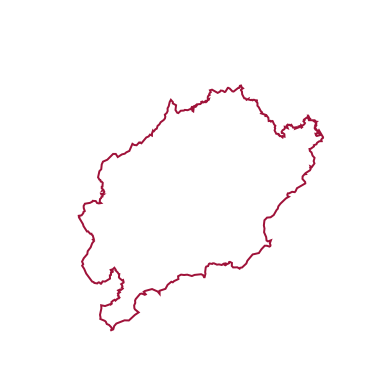 the district of Nilphamari, Rangpur, Bangladesh, rotated 240°
{"feature_id": "16705992B74406959438199", "entity_name": "Nilphamari", "entity_type": "district", "adm_level": 2, "iso_a3": "BGD", "parent_name": "Bangladesh", "parent_adm1": "Rangpur", "projection": "orthographic", "projection_center": [88.949, 26.021], "detail": "fine", "context": "isolated", "style": "outline", "palette": "rose", "viewbox_px": 384, "rotation_deg": 240, "n_neighbors": 0, "source": "geoboundaries", "source_scale": "gbopen_adm2", "svg_char_len": 6036}
<svg xmlns="http://www.w3.org/2000/svg" viewBox="0 0 384 384"><g transform="rotate(240 192 192)"><path d="M193.2,333.4L195.7,329.2L196.9,329.4L196.1,330.0L196.5,330.8L197.4,330.0L197.5,330.7L199.2,330.8L198.8,330.2L199.3,330.1L198.0,329.4L199.1,329.2L198.7,325.3L198.0,325.4L197.6,323.9L195.2,324.3L194.5,323.1L194.3,321.4L194.5,320.4L195.3,320.0L194.1,319.4L193.1,319.7L193.0,318.9L195.2,318.6L195.5,317.0L194.6,316.8L195.2,313.2L196.1,314.3L197.1,311.8L200.4,311.6L200.2,310.7L201.3,310.3L201.4,309.3L202.5,308.7L202.2,307.2L199.5,306.8L202.0,304.9L200.9,304.4L200.2,303.3L200.2,301.3L199.3,299.7L198.2,299.3L197.3,300.4L195.9,300.9L193.7,299.8L195.0,298.5L194.1,297.7L196.3,296.8L196.5,296.0L198.1,295.6L198.4,296.1L199.1,295.9L200.3,294.1L204.0,294.3L205.6,295.9L206.7,296.0L207.6,297.3L209.4,296.9L213.1,297.3L213.5,296.9L213.5,295.6L214.4,295.5L215.1,293.9L218.1,295.2L221.5,294.8L221.7,294.3L220.3,293.2L222.4,294.0L225.5,291.2L226.0,292.5L227.7,292.0L232.0,292.2L234.0,291.8L236.3,293.2L238.7,292.8L238.5,294.7L239.6,292.9L241.0,291.7L241.1,290.3L241.9,290.0L242.1,289.0L244.2,286.8L244.5,287.2L244.6,285.3L246.2,285.2L247.0,284.1L251.5,284.3L254.1,285.5L255.7,285.3L256.2,285.8L256.3,288.0L258.9,286.9L259.0,287.6L259.7,287.7L260.0,286.6L258.6,284.7L259.0,283.8L258.2,278.3L259.0,277.3L262.7,276.4L264.1,275.5L264.3,275.1L262.1,271.0L262.3,270.2L264.3,269.2L265.5,267.6L264.9,266.3L265.0,263.8L270.6,260.5L271.1,258.4L269.1,258.2L268.7,256.5L267.8,255.5L267.2,255.7L267.1,254.2L266.3,253.1L264.7,252.2L263.9,252.5L263.9,253.1L263.5,252.7L263.6,250.5L263.0,250.3L262.8,248.9L263.5,248.0L263.9,248.3L263.8,246.8L264.2,246.2L265.1,246.2L265.4,245.1L264.3,244.5L264.0,243.2L265.5,240.0L265.1,238.2L264.6,237.9L264.2,238.5L263.9,237.7L264.7,236.3L265.3,236.4L265.2,235.0L265.7,234.4L265.4,233.9L264.7,234.1L264.7,234.9L264.0,235.5L261.2,233.4L262.0,233.0L263.2,233.4L264.7,232.0L265.0,229.2L266.7,226.8L266.6,225.7L268.0,222.9L267.2,219.6L268.1,218.8L271.3,218.7L275.1,221.6L278.3,219.7L279.4,220.4L282.4,219.8L281.1,217.7L277.9,214.7L276.7,212.7L274.3,211.4L273.1,209.7L272.5,207.1L270.6,206.6L269.2,205.3L268.5,203.4L268.1,199.8L266.8,197.4L266.5,195.3L264.5,193.2L264.6,191.7L263.6,189.2L263.7,188.7L264.5,188.7L262.7,186.6L260.9,185.5L262.7,184.3L261.8,182.2L262.1,179.7L259.5,172.6L260.8,171.9L260.6,171.4L261.3,170.9L260.2,167.4L261.6,165.5L263.5,164.5L258.9,158.3L259.2,155.0L258.8,152.9L259.6,150.2L259.4,145.2L263.1,145.0L264.4,142.7L262.3,134.8L262.8,130.1L261.0,127.6L257.1,124.8L256.3,122.2L251.7,118.0L248.9,118.0L248.3,118.6L246.7,118.2L246.2,118.9L244.6,119.3L241.5,117.2L241.7,116.5L240.4,115.7L238.7,116.2L238.0,114.9L237.7,116.3L235.9,116.1L234.8,114.0L235.9,112.4L235.1,112.3L234.1,114.0L234.0,112.9L232.8,112.2L232.9,110.9L232.1,110.1L231.9,108.8L229.5,107.1L227.9,107.7L228.7,105.6L229.9,104.3L232.3,104.1L234.0,101.6L233.5,101.0L233.6,98.2L235.4,93.4L234.1,91.2L232.2,90.2L229.1,89.6L228.9,87.9L228.0,87.2L227.0,84.7L227.8,82.6L227.4,82.7L227.4,81.9L226.6,81.9L226.4,81.4L218.8,81.5L216.6,81.0L210.3,81.3L209.9,82.3L206.9,82.9L206.2,83.9L205.9,83.6L204.0,84.3L200.2,83.4L200.3,82.4L198.6,82.7L197.5,79.9L194.7,76.5L192.9,72.1L190.6,70.3L188.8,65.2L186.7,62.0L183.9,61.7L183.1,60.0L179.4,60.2L174.3,59.6L164.4,60.7L163.1,61.8L162.1,61.9L160.2,64.2L160.5,65.8L159.8,66.7L158.3,67.0L158.0,67.5L159.3,69.9L157.9,72.0L158.0,77.7L160.9,79.2L160.7,80.4L162.6,81.4L162.5,83.5L163.2,83.8L164.3,82.5L165.2,82.6L164.7,84.7L165.2,86.9L162.9,87.1L162.5,86.6L159.6,87.4L157.4,87.5L157.2,87.9L154.8,86.1L153.7,86.1L150.2,87.4L150.2,88.3L148.6,87.9L147.8,87.5L147.6,84.6L146.0,84.8L144.9,84.5L144.5,83.6L143.0,83.8L142.7,81.3L143.5,81.1L143.7,78.8L141.2,79.4L141.1,78.3L141.5,78.2L141.1,77.0L139.4,76.8L139.2,76.1L136.8,76.4L136.5,75.3L136.9,74.4L136.2,71.4L137.3,71.2L137.4,69.3L136.9,67.1L135.4,66.7L135.2,65.4L135.7,65.4L136.7,59.7L139.3,56.7L136.6,55.4L131.6,50.9L129.0,50.0L127.9,49.1L124.1,52.0L122.8,52.5L120.3,52.2L118.3,53.7L114.9,54.5L113.0,53.9L112.8,52.0L112.4,55.1L114.8,57.6L115.9,60.7L114.6,69.4L112.3,73.1L114.1,81.0L114.4,85.6L118.9,83.9L120.2,84.0L122.7,85.2L124.3,87.4L126.4,88.4L127.4,89.7L129.7,96.1L129.1,97.8L126.6,99.7L126.5,100.8L129.7,100.3L129.8,101.8L127.9,108.9L123.0,112.5L120.0,113.0L122.7,114.5L121.4,120.6L123.8,124.5L124.6,129.2L123.4,130.2L123.8,132.0L123.4,136.7L126.0,137.8L125.9,141.2L124.1,143.6L122.8,146.5L119.3,149.9L118.9,152.8L116.2,158.8L114.5,160.0L112.2,159.8L111.9,160.3L114.5,162.8L116.0,163.3L119.7,166.1L120.3,167.1L119.8,168.9L121.2,170.6L121.3,171.4L119.6,173.6L119.8,174.4L119.3,175.3L116.6,177.3L115.8,179.2L113.9,181.3L114.1,183.5L113.4,185.4L112.4,185.4L112.6,183.8L111.9,184.2L111.9,185.4L112.6,186.0L111.9,186.9L111.8,188.4L112.7,189.0L112.5,189.9L110.6,191.1L108.1,189.5L106.1,189.9L104.1,193.6L101.8,194.9L102.3,195.8L101.6,197.6L102.9,203.3L104.8,205.6L107.6,213.3L105.7,219.4L107.7,223.5L109.1,228.1L108.1,229.9L106.0,231.8L106.0,232.7L106.7,233.4L108.7,233.8L110.7,236.2L111.2,233.1L112.7,232.3L115.9,233.7L121.1,234.3L124.1,236.5L127.1,237.5L131.3,240.6L132.3,244.2L130.8,247.4L131.2,251.3L134.2,256.4L134.6,257.9L136.4,259.6L137.7,262.8L139.5,270.2L139.5,273.5L140.5,272.8L141.9,273.1L142.9,274.3L142.3,275.4L142.1,278.8L140.5,280.9L140.9,282.1L142.8,284.8L142.8,294.4L144.1,295.0L148.1,294.2L150.2,295.6L151.1,298.2L150.6,299.4L151.4,299.2L151.6,299.9L151.8,305.0L152.8,306.5L153.9,306.5L154.0,307.2L155.0,307.4L153.7,308.3L155.5,312.3L157.9,312.8L160.3,315.2L163.2,314.6L166.5,315.3L168.6,314.6L170.5,315.3L170.1,316.3L170.5,320.4L171.6,320.9L171.1,323.6L172.1,325.0L172.3,327.6L171.2,329.7L172.7,330.1L173.3,331.4L173.2,332.2L173.9,332.9L182.0,332.8L181.4,331.6L180.1,330.9L178.1,332.0L177.2,331.6L178.1,328.1L179.0,327.7L180.6,328.1L180.1,328.7L180.3,329.8L182.1,331.2L184.5,330.9L183.6,330.5L184.4,330.1L186.1,330.2L187.5,333.0L188.0,333.0L188.2,332.2L188.7,332.8L188.6,333.5L189.2,333.9L189.2,333.3L190.1,334.0L190.5,333.0L190.7,334.9L191.6,333.7L192.8,334.8L192.0,333.2L192.8,332.8L193.2,333.4Z" fill="none" stroke="#9f1239" stroke-width="2"/></g></svg>